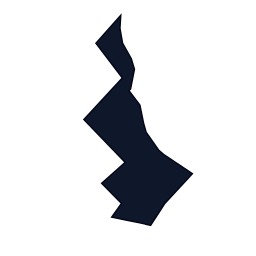 Islaz, Teleorman, Romania (Robinson projection), rotated 225°
{"feature_id": "2599482B71059292210776", "entity_name": "Islaz", "entity_type": "district", "adm_level": 2, "iso_a3": "ROU", "parent_name": "Romania", "parent_adm1": "Teleorman", "projection": "robinson", "projection_center": [24.796, 43.749], "detail": "fine", "context": "isolated", "style": "filled", "palette": "ink", "viewbox_px": 256, "rotation_deg": 225, "n_neighbors": 0, "source": "geoboundaries", "source_scale": "gbopen_adm2", "svg_char_len": 535}
<svg xmlns="http://www.w3.org/2000/svg" viewBox="0 0 256 256"><g transform="rotate(225 128 128)"><path d="M43.2,75.2L44.4,80.8L45.5,86.1L48.6,100.5L50.2,141.2L83.9,134.5L90.4,134.0L112.2,137.8L120.4,142.4L135.8,152.6L153.9,155.1L153.8,157.4L165.0,174.1L174.7,179.3L191.8,184.1L204.2,192.8L212.8,202.5L210.6,165.3L167.4,159.4L165.2,102.8L105.7,101.7L106.1,94.3L107.5,70.3L79.3,70.1L78.5,65.4L76.5,53.5L70.6,57.4L64.6,61.3L58.6,65.3L52.2,69.6L48.3,72.1L47.0,72.7L43.2,75.2Z" fill="#0f172a" stroke="#020617" stroke-width="1.5"/></g></svg>